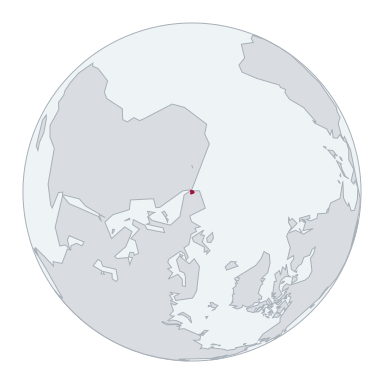 Cádiz highlighted on a globe, orthographic projection, rotated 163°
{"feature_id": "ESP-5812", "entity_name": "Cádiz", "entity_type": "Autonomous Community", "adm_level": 1, "iso_a3": "ESP", "parent_name": "Spain", "parent_adm1": "", "projection": "orthographic", "projection_center": [-5.7, 36.526], "detail": "fine", "context": "on_globe", "style": "filled", "palette": "rose", "viewbox_px": 384, "rotation_deg": 163, "n_neighbors": 0, "source": "natural_earth", "source_scale": "10m", "svg_char_len": 10186}
<svg xmlns="http://www.w3.org/2000/svg" viewBox="0 0 384 384"><g transform="rotate(163 192 192)"><circle cx="192" cy="192" r="169" fill="#eef3f6" stroke="#a8b0b8"/><path d="M58.1,295.0L48.5,278.7L45.0,271.9L38.1,259.1L29.3,231.5L29.7,225.9L28.6,220.1L32.2,214.8L32.6,202.3L31.7,198.5L30.0,200.4L28.1,185.8L29.3,174.7L33.1,136.4L35.5,129.6L38.7,122.8L56.3,92.5L41.1,116.6L44.9,109.3L50.9,99.3L51.2,99.1L60.3,86.9L65.9,80.0L79.0,67.3L93.5,58.3L89.4,61.6L93.4,59.4L98.7,55.4L101.2,53.3L122.1,43.7L140.7,35.1L143.6,32.7L145.3,33.4L148.7,29.5L156.9,26.9L149.5,29.8L150.2,30.2L156.6,28.2L158.7,28.2L163.1,27.4L165.0,27.8L160.5,29.9L161.7,30.3L166.2,28.9L171.0,28.8L164.2,30.7L171.8,30.7L165.7,35.3L146.0,41.7L144.4,46.0L128.7,57.9L131.9,57.6L128.1,62.6L130.3,64.3L126.8,66.5L131.7,66.1L134.5,63.9L137.5,63.1L139.1,64.0L134.9,66.7L133.5,66.7L133.1,68.0L130.3,69.0L132.5,69.0L127.2,72.5L134.8,70.6L132.5,74.7L128.3,76.6L125.8,74.3L109.9,74.6L104.9,76.6L100.4,81.3L98.1,93.9L93.8,97.3L90.1,103.3L93.8,102.2L98.0,97.1L104.0,96.9L108.4,91.2L111.5,90.5L117.2,85.9L119.5,89.0L118.6,94.6L114.0,98.7L113.5,101.5L120.4,99.7L114.3,110.1L114.5,121.8L112.6,124.5L104.2,125.1L97.7,119.1L86.9,121.6L97.1,122.6L92.1,130.0L92.6,132.5L94.7,133.9L97.8,132.2L96.8,135.5L86.3,135.3L87.1,132.3L90.4,132.2L87.3,129.7L80.2,130.3L78.2,134.4L69.6,132.4L68.1,135.4L65.4,137.0L68.4,132.1L62.8,141.0L52.4,142.5L44.6,158.2L48.8,142.3L48.2,137.3L46.7,133.0L45.3,135.5L45.3,127.5L42.0,127.0L36.0,136.6L32.1,147.8L32.6,155.2L35.0,152.2L36.6,156.2L30.6,166.2L32.7,176.9L29.8,186.2L29.7,193.9L32.0,196.9L33.9,203.8L37.0,200.9L41.2,202.6L39.6,211.0L43.2,206.1L44.7,212.8L54.1,221.7L52.9,222.9L60.6,240.2L71.6,252.2L74.1,259.9L72.5,262.6L76.9,266.2L77.0,268.6L97.0,281.8L109.1,292.0L110.0,299.7L102.4,304.9L101.6,318.9L89.5,317.0L90.5,321.5L88.2,324.1L80.4,318.3L86.9,324.0L86.0,323.6L85.9,323.5L75.9,314.8L66.6,305.2L58.1,295.0ZM41.9,162.8L44.6,179.5L40.8,175.0L41.9,174.7L41.8,169.3L40.6,162.0L38.0,158.7L41.9,162.8ZM48.2,158.9L47.6,156.6L48.5,158.2L48.2,158.9ZM102.0,52.5L98.6,55.4L93.0,59.2L95.6,56.7L102.0,52.5ZM113.0,46.2L111.9,47.3L107.6,49.0L109.6,47.8L113.0,46.2ZM145.2,31.2L141.9,32.5L144.3,31.3L145.2,31.2ZM163.3,27.2L163.6,27.0L165.7,26.7L163.3,27.2ZM115.5,84.6L116.3,85.2L114.9,85.7L115.5,84.6ZM117.3,82.1L115.0,82.2L115.5,81.1L116.9,81.0L117.3,82.1ZM170.6,27.2L174.0,27.1L169.8,27.5L170.6,27.2ZM120.0,82.2L116.6,79.0L117.5,77.1L123.6,75.3L120.0,82.2ZM175.4,27.3L183.6,27.4L184.9,26.6L186.0,29.4L178.6,28.1L173.3,28.6L176.0,27.8L175.4,27.3ZM134.7,62.8L131.7,65.2L132.7,62.4L134.7,62.8ZM134.5,61.2L133.1,54.5L138.2,51.7L137.6,54.4L143.1,50.4L146.3,52.3L144.0,54.9L140.1,56.3L144.3,56.1L134.5,61.2ZM185.3,31.0L186.6,31.6L184.3,31.4L185.3,31.0ZM138.8,62.6L138.1,61.3L142.5,58.8L144.8,60.8L142.6,61.0L138.8,62.6ZM142.9,48.6L146.6,47.2L150.2,48.3L152.1,48.0L146.8,52.1L142.9,48.6ZM142.4,62.0L145.8,62.0L145.2,64.1L139.9,63.6L142.4,62.0ZM142.6,57.3L144.8,56.3L144.4,57.5L142.6,57.3ZM145.0,72.2L144.0,70.5L146.1,68.9L145.0,72.2ZM147.1,61.8L147.3,61.1L148.1,60.4L150.1,60.8L147.1,61.8ZM149.7,52.8L150.4,53.6L152.0,51.1L154.8,52.1L150.8,54.7L153.7,54.0L154.5,54.3L150.3,56.2L149.7,52.8ZM154.5,59.2L150.3,63.3L151.6,66.7L149.7,68.1L147.9,62.5L154.5,59.2ZM152.4,57.2L153.2,58.7L150.4,59.5L148.1,59.0L152.4,57.2ZM158.1,51.8L154.9,49.7L155.9,49.2L158.1,51.8ZM155.4,60.0L156.4,59.0L155.8,60.1L155.4,60.0ZM157.9,54.1L156.7,53.3L157.8,52.8L157.9,54.1ZM159.4,57.8L158.1,59.0L156.5,58.7L159.4,57.8ZM159.2,55.9L161.1,55.4L156.7,57.8L158.4,55.7L159.2,55.9ZM159.2,53.7L159.5,53.1L159.6,54.1L159.2,53.7ZM166.4,58.7L161.2,61.8L157.6,60.8L163.1,57.9L166.4,58.7ZM223.5,26.0L221.2,26.1L205.3,25.8L212.4,25.8L212.7,26.4L216.4,26.9L221.2,27.1L220.6,26.8L238.2,31.7L253.6,36.1L247.8,33.3L248.2,33.0L257.8,36.4L271.6,43.0L284.8,50.8L297.3,59.8L293.5,56.9L300.9,62.9L302.4,64.1L311.1,72.1L319.2,80.8L326.7,90.0L333.5,99.7L339.6,109.8L345.0,120.4L349.7,131.3L349.6,131.0L352.0,137.9L350.0,132.9L346.6,128.0L349.0,137.9L354.1,161.5L357.7,175.3L358.2,184.9L351.6,172.7L346.1,161.5L345.3,166.1L337.2,161.7L327.7,174.0L325.0,171.8L323.5,175.9L317.6,176.7L312.9,172.7L309.9,175.8L322.2,186.1L325.2,182.8L325.7,173.8L328.7,178.5L334.2,179.0L333.1,198.4L316.8,226.4L312.9,216.8L288.5,195.8L287.9,191.9L287.7,191.6L287.3,191.0L287.4,197.6L282.5,193.0L298.0,209.8L301.6,218.2L316.6,227.3L315.7,229.7L319.9,230.5L330.3,217.6L330.9,221.1L327.3,241.7L310.9,274.1L311.8,285.8L308.4,297.0L295.2,309.9L293.5,316.6L286.3,322.1L283.9,326.0L276.5,332.1L265.2,339.0L249.1,344.2L250.3,341.5L245.7,337.5L240.2,322.9L246.7,313.1L246.2,306.3L234.3,292.0L237.1,281.5L233.3,277.9L225.9,280.1L221.2,275.6L216.5,276.1L185.3,281.9L174.4,275.1L158.2,252.6L162.9,243.8L161.4,232.9L191.5,194.3L200.5,195.8L227.2,186.8L231.1,187.5L230.8,196.8L253.2,202.4L257.0,193.5L274.4,193.4L284.1,188.7L282.5,171.0L266.5,178.3L260.9,171.6L271.4,159.0L284.9,153.1L283.1,150.3L272.2,147.9L272.8,140.7L268.1,146.6L271.8,148.5L269.0,152.5L265.4,151.0L265.8,148.4L261.0,149.0L260.4,162.0L264.2,165.3L253.2,171.8L258.4,178.2L256.2,182.7L246.7,173.8L245.8,169.5L230.1,161.2L230.1,166.1L244.9,174.5L241.4,174.6L241.5,182.0L238.6,176.5L222.4,166.6L210.9,171.9L200.4,191.4L192.8,193.7L184.5,190.9L184.0,172.7L201.1,169.8L201.2,163.9L194.2,156.4L199.9,156.4L199.2,153.1L205.3,151.8L210.3,142.8L216.0,140.9L214.6,130.9L217.3,128.7L217.4,135.1L220.4,138.8L234.1,134.4L235.7,131.7L233.7,125.7L237.7,125.6L234.0,120.4L240.2,115.6L229.5,117.4L226.9,111.2L228.7,105.1L225.9,103.5L222.9,113.5L223.4,117.3L226.9,120.0L226.7,131.5L222.7,134.5L215.7,124.1L209.4,127.5L206.7,118.6L216.5,96.0L222.4,90.4L239.2,93.0L239.8,97.3L234.1,98.4L242.5,102.7L240.3,99.8L243.7,99.9L242.0,94.5L244.2,94.3L238.7,89.6L241.3,88.9L244.8,91.8L244.5,83.8L249.0,81.2L247.8,79.5L245.3,78.5L252.7,76.2L251.5,75.1L248.6,75.4L244.4,73.5L239.7,69.4L242.6,68.8L244.6,70.2L253.1,72.6L258.1,76.8L258.8,76.2L255.1,72.4L244.7,69.5L241.2,67.2L246.1,68.0L244.0,67.5L243.1,66.3L244.8,64.6L239.5,63.6L225.8,52.0L227.8,48.1L233.7,49.7L227.1,42.5L229.9,39.6L227.3,39.7L222.3,36.9L221.4,37.7L219.7,37.6L206.6,31.9L205.7,30.5L197.1,29.1L195.7,29.3L195.9,30.2L186.0,29.4L184.9,26.6L188.1,26.3L185.3,25.2L192.9,24.8L197.9,24.2L207.8,25.0L210.9,24.8L209.4,24.5L212.5,24.4L219.9,25.4L223.5,26.0ZM184.3,214.5L184.3,217.9L184.3,214.5ZM301.5,155.0L308.1,150.4L301.1,142.7L303.0,140.5L299.9,138.9L300.5,142.2L292.3,137.4L293.7,132.3L290.8,128.6L288.4,130.1L287.3,140.3L299.0,147.1L299.3,152.3L301.5,155.0ZM54.4,221.9L55.4,224.6L53.7,223.2L54.4,221.9ZM39.1,177.7L40.2,179.9L40.4,182.2L39.4,181.1L39.1,177.7ZM51.3,194.5L53.2,197.4L50.8,195.8L51.3,194.5ZM45.2,181.9L49.8,192.5L45.2,190.4L42.5,183.9L45.1,186.3L45.2,181.9ZM45.3,162.7L45.7,164.6L44.8,165.7L45.3,162.7ZM48.9,160.1L48.5,159.7L48.8,157.8L48.9,160.1ZM92.7,130.0L93.5,130.1L95.1,132.0L93.3,132.3L92.7,130.0ZM108.7,134.8L106.7,140.0L106.9,136.3L103.9,137.3L100.7,131.2L111.5,125.5L107.2,129.0L108.7,134.8ZM99.3,121.9L100.2,126.1L98.8,121.7L99.3,121.9ZM188.8,138.1L192.1,139.7L191.4,143.7L184.2,147.3L185.1,141.5L188.8,138.1ZM196.8,141.2L191.9,130.6L196.1,128.4L194.6,131.4L197.9,130.9L196.3,135.7L205.1,144.3L205.2,148.5L191.9,152.2L196.2,148.5L192.8,146.9L196.8,141.2ZM171.8,111.3L169.7,107.7L181.7,107.2L182.2,110.7L175.1,114.2L170.2,112.2L171.8,111.3ZM131.3,80.1L129.7,79.5L130.9,78.6L133.2,78.5L131.3,80.1ZM144.3,71.5L139.4,82.3L137.3,82.0L136.9,89.2L131.3,91.3L131.8,86.5L127.2,93.8L125.4,90.4L122.8,95.5L124.5,84.6L122.7,82.1L126.8,84.0L132.0,82.0L133.7,80.4L137.1,74.1L135.8,68.2L140.7,65.6L144.5,65.4L145.6,66.4L142.0,67.7L146.0,68.2L141.7,70.8L144.3,71.5ZM186.4,69.6L181.9,69.7L189.1,72.9L184.9,74.8L186.0,75.1L184.0,77.9L183.6,81.8L181.2,82.3L182.1,83.6L180.8,85.6L181.2,87.7L177.1,89.4L177.2,92.2L175.2,91.5L176.5,95.9L173.7,93.4L171.8,96.1L175.5,97.1L152.6,103.1L145.2,108.2L140.5,114.0L136.3,109.5L138.1,101.4L143.1,92.8L150.9,88.8L147.6,87.7L150.3,85.6L151.8,87.3L151.2,83.4L153.8,82.2L158.3,75.7L155.8,71.3L157.4,69.0L159.7,70.1L159.6,67.1L165.1,67.8L166.3,66.3L172.9,65.6L176.6,69.0L177.8,67.1L182.8,66.8L186.4,69.6ZM168.2,58.6L173.7,61.8L174.0,64.5L162.4,64.6L160.5,65.9L153.0,66.4L152.7,62.5L154.9,62.7L156.9,62.0L156.2,63.5L158.3,61.7L161.3,62.0L163.7,60.8L164.8,62.1L168.2,58.6ZM233.7,183.3L236.3,183.0L240.0,181.6L240.2,186.5L233.7,183.3ZM222.6,176.8L224.7,175.7L226.7,181.4L224.0,181.8L222.6,176.8ZM224.2,170.4L224.7,175.2L222.8,172.8L224.2,170.4ZM219.2,133.9L221.2,132.6L222.1,133.9L221.8,136.2L219.2,133.9ZM207.0,81.0L204.3,80.2L204.5,79.4L200.4,75.8L203.3,74.3L206.8,75.9L207.0,81.0ZM280.7,175.2L278.9,179.6L277.0,178.8L278.0,177.4L280.7,175.2ZM259.4,183.9L265.1,184.1L259.3,185.2L259.4,183.9ZM209.4,78.7L207.4,77.4L210.0,77.5L209.4,78.7ZM205.1,73.1L207.9,72.8L203.1,73.7L205.1,73.1ZM327.4,281.7L314.0,304.4L308.9,308.3L310.1,304.2L316.5,291.8L323.3,284.2L327.2,276.9L327.4,281.7ZM358.0,176.0L359.7,181.3L359.6,184.8L358.0,176.0ZM230.6,66.8L233.1,73.1L236.8,77.3L241.8,78.8L235.8,79.7L230.2,73.2L230.6,66.8ZM226.1,53.7L221.7,52.9L222.9,51.8L224.0,51.8L226.1,53.7ZM224.0,54.3L220.1,56.1L217.2,54.7L220.8,53.5L224.0,54.3ZM215.0,66.8L215.5,68.7L213.3,68.5L215.0,66.8ZM251.8,34.0L246.4,32.5L243.6,31.8L246.6,32.1L248.5,32.8L248.9,32.9L249.3,33.1L251.8,34.0ZM187.8,31.1L186.7,31.5L186.5,30.9L187.8,31.1ZM219.3,38.2L217.1,37.9L216.9,37.0L219.3,38.2ZM210.7,36.9L212.4,38.1L209.4,37.1L210.7,36.9ZM216.6,40.7L212.6,38.6L218.1,40.3L216.6,40.7Z" fill="#d9dde1" stroke="#a8b0b8" stroke-width="1"/><path d="M192.9,193.1L192.7,193.0L192.6,193.3L192.3,193.5L192.2,193.5L192.2,193.4L191.9,193.4L191.7,193.3L191.7,193.2L191.4,193.0L191.2,193.0L191.1,192.9L191.0,192.7L190.9,192.7L190.8,192.4L190.7,192.2L190.8,192.1L190.7,192.0L190.8,191.9L190.7,191.9L190.6,191.7L190.4,191.7L190.3,191.4L190.4,191.2L190.5,191.2L190.5,190.9L190.9,190.9L191.0,191.0L191.4,191.1L191.5,191.1L191.6,190.9L192.0,190.8L192.0,190.7L192.3,190.8L192.5,190.7L192.6,190.8L192.7,190.7L192.9,190.6L193.0,190.6L193.3,190.6L193.5,190.8L193.4,190.9L193.4,191.0L193.2,191.1L192.9,191.0L193.0,191.3L192.9,191.3L192.9,191.6L192.7,191.7L192.6,191.8L192.3,192.0L192.2,192.0L192.3,192.1L192.5,192.0L192.8,192.3L192.9,192.6L193.0,192.6L193.0,192.8L192.9,193.0L192.9,193.1Z" fill="#f43f5e" stroke="#9f1239" stroke-width="1.5"/></g></svg>